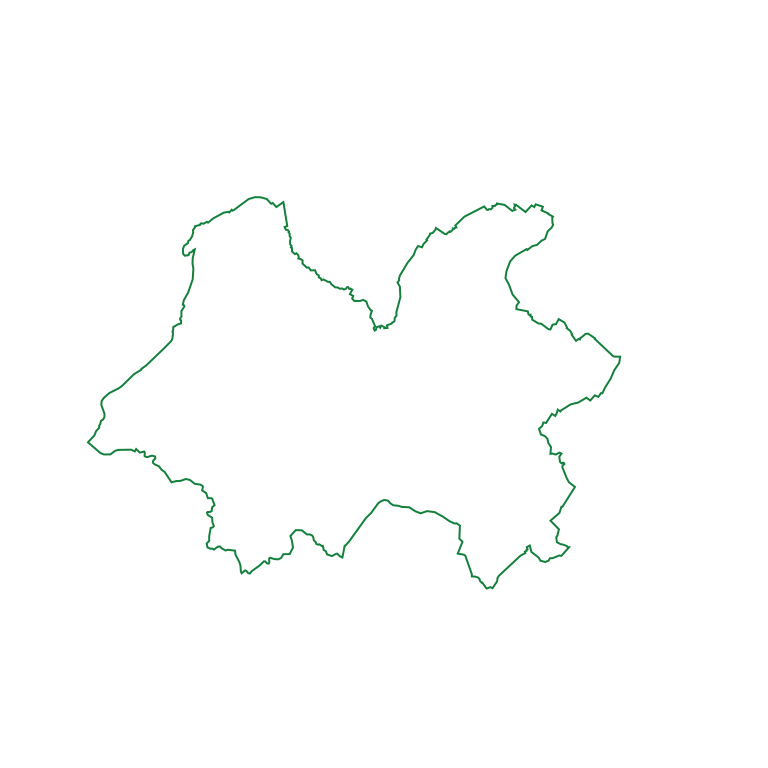 Mueang Phichit, Phichit, Thailand (Mercator projection), rotated 306°
{"feature_id": "78962969B35136792725938", "entity_name": "Mueang Phichit", "entity_type": "district", "adm_level": 2, "iso_a3": "THA", "parent_name": "Thailand", "parent_adm1": "Phichit", "projection": "mercator", "projection_center": [100.377, 16.403], "detail": "fine", "context": "isolated", "style": "outline", "palette": "green", "viewbox_px": 768, "rotation_deg": 306, "n_neighbors": 0, "source": "geoboundaries", "source_scale": "gbopen_adm2", "svg_char_len": 6166}
<svg xmlns="http://www.w3.org/2000/svg" viewBox="0 0 768 768"><g transform="rotate(306 384 384)"><path d="M162.8,178.8L161.5,195.2L162.3,198.7L166.2,204.0L172.0,205.8L174.4,207.6L182.2,218.0L183.0,222.0L185.7,221.7L185.0,226.8L188.4,229.7L188.0,230.7L185.0,232.7L185.0,233.8L185.7,235.4L189.7,238.4L190.8,241.4L189.4,242.7L185.8,242.4L184.5,243.4L184.2,245.6L185.1,250.3L183.9,254.4L183.9,258.2L179.6,269.9L183.6,273.2L185.9,276.2L190.7,279.6L192.3,283.5L192.0,289.6L194.7,294.6L194.9,297.1L194.2,298.1L191.0,299.4L191.2,304.2L188.1,308.7L190.1,311.4L190.2,312.5L186.4,318.1L183.3,317.4L179.8,319.3L178.2,318.4L176.7,316.5L175.9,316.4L174.5,318.4L174.8,323.5L171.1,326.7L169.1,329.8L167.5,329.8L165.6,328.4L158.2,332.0L154.3,334.8L150.8,334.3L148.0,337.3L148.8,340.7L150.1,342.0L150.0,343.7L154.5,345.1L156.2,346.8L155.6,349.0L156.2,353.7L158.0,354.9L161.6,361.4L158.7,364.1L154.9,371.7L152.8,374.5L148.0,378.6L147.2,380.1L151.6,381.2L151.9,382.5L151.1,385.4L152.0,387.0L154.9,387.0L164.2,390.1L170.0,391.1L170.6,392.2L170.2,394.9L170.9,396.3L172.4,396.0L175.3,393.6L176.4,393.9L178.0,398.4L180.0,401.5L182.8,403.0L187.1,402.6L191.0,407.7L198.2,406.5L203.1,401.6L206.0,397.6L213.9,398.5L217.3,403.5L217.0,410.2L218.6,412.2L219.2,414.8L218.8,416.4L216.4,419.0L215.9,421.7L214.8,423.3L215.2,425.0L216.3,425.9L216.4,428.9L217.1,429.6L214.3,432.8L214.5,435.2L212.7,438.1L214.2,443.1L218.4,445.0L219.2,445.8L218.7,449.0L219.2,452.3L230.0,447.3L230.2,447.7L235.9,448.3L265.2,448.2L272.2,449.4L283.7,449.4L286.4,450.0L289.7,451.9L290.8,453.2L292.0,455.9L291.2,459.1L291.3,462.7L293.9,467.1L295.0,470.6L299.0,476.7L299.5,484.3L300.9,489.6L306.5,493.6L310.1,500.3L311.3,509.3L311.5,517.5L312.6,523.0L314.0,524.7L314.0,528.7L303.1,535.9L302.5,540.2L290.1,543.4L292.9,549.0L292.8,550.9L281.6,567.0L279.9,568.2L281.6,570.6L282.7,573.8L282.4,575.9L281.3,577.1L280.6,579.9L281.1,580.2L278.8,587.2L282.2,589.5L282.6,591.8L290.9,591.5L293.8,589.8L296.5,589.7L325.2,595.3L330.3,597.7L331.1,596.5L332.8,597.4L333.4,596.8L334.5,597.4L335.9,595.4L339.0,596.9L334.8,601.9L334.5,611.0L333.0,614.4L334.8,619.1L337.9,621.0L340.6,620.7L342.3,622.9L348.2,626.5L349.2,628.5L360.8,629.7L360.0,628.2L360.4,627.1L359.2,622.9L358.3,621.3L357.6,616.9L361.3,613.4L363.2,613.4L369.3,610.9L371.3,599.0L382.8,601.7L389.0,599.7L389.6,600.5L413.0,599.0L413.2,591.4L415.4,586.9L421.5,577.2L423.0,576.4L425.0,577.0L425.9,576.3L425.8,575.3L424.1,574.2L424.5,572.1L428.3,568.5L432.0,568.5L431.7,566.4L427.9,564.4L426.5,560.7L425.3,559.7L431.1,556.2L432.9,551.5L435.7,548.5L436.4,544.8L435.4,540.7L438.9,535.7L442.8,536.7L446.6,535.6L447.8,538.0L458.5,537.4L458.8,541.3L461.6,541.0L465.4,539.7L465.4,542.8L466.5,542.7L477.1,546.9L483.3,552.1L491.9,555.8L491.9,560.6L498.7,561.2L499.6,565.0L504.2,564.9L504.8,566.1L511.3,564.9L521.7,564.2L530.4,562.2L539.3,561.9L544.9,559.0L541.7,554.6L541.2,552.6L544.4,527.9L545.0,527.8L544.7,519.6L543.1,517.6L537.8,516.4L536.8,515.7L535.2,516.3L534.7,514.9L531.8,514.0L534.1,507.0L534.8,507.0L536.5,503.1L536.6,499.0L537.2,499.0L539.8,493.9L539.2,487.2L533.6,488.0L531.1,485.5L525.9,486.6L525.0,484.7L525.2,475.8L523.7,473.3L523.2,466.1L525.4,464.2L524.8,462.9L526.2,461.8L525.3,460.9L525.5,459.6L527.3,457.7L522.4,447.1L525.4,445.1L529.6,445.2L531.9,435.5L537.9,426.6L541.1,420.0L547.2,416.8L557.2,414.0L564.9,414.7L577.0,420.1L576.7,421.2L582.8,423.0L586.4,426.0L592.5,427.2L596.1,429.0L603.8,426.7L609.0,427.7L612.2,427.3L613.0,425.9L617.3,422.4L618.7,422.3L618.1,417.0L618.6,416.8L617.0,409.4L620.8,408.3L618.5,401.1L615.5,401.6L615.2,398.5L606.3,397.4L606.6,385.5L605.7,385.5L605.7,384.4L604.4,385.5L602.7,385.7L602.2,387.8L599.4,386.0L599.8,376.3L596.4,369.3L595.5,369.9L594.6,369.1L593.2,369.1L591.7,367.1L590.5,368.2L588.2,367.8L587.1,366.1L585.9,365.8L585.5,365.0L586.5,360.7L566.7,350.7L554.2,348.5L553.2,350.5L551.8,349.5L550.9,349.6L550.3,348.2L549.1,348.9L546.4,348.4L546.0,347.4L545.4,347.7L544.6,346.9L541.8,346.4L541.1,345.2L540.8,334.4L539.0,334.9L534.8,334.6L532.8,332.9L531.7,333.4L525.7,333.5L525.6,334.4L520.3,333.7L516.9,334.4L515.6,330.4L511.3,330.7L505.7,332.2L496.0,331.8L481.2,333.1L478.3,334.1L476.8,335.3L474.1,335.2L472.1,339.6L463.9,346.2L449.1,351.9L446.8,353.9L443.7,353.9L441.3,355.4L439.7,355.3L438.8,354.5L437.5,354.7L433.2,351.9L431.4,353.9L429.4,351.5L430.3,351.2L429.6,347.4L427.3,347.8L427.9,346.2L425.6,344.7L423.0,345.6L421.7,345.0L423.1,342.8L425.5,342.7L426.0,342.0L429.6,336.0L429.7,333.9L432.4,332.3L436.2,331.2L435.9,329.6L437.3,325.6L440.3,321.3L439.8,317.7L437.3,316.0L433.7,311.1L434.4,308.0L437.2,307.3L436.6,303.6L441.7,302.9L441.3,300.6L440.5,300.0L441.3,298.4L440.7,297.2L438.5,297.2L436.8,295.9L436.8,294.1L435.1,292.3L434.9,289.8L433.5,287.8L433.8,282.9L434.8,280.2L433.7,278.6L433.0,273.6L431.3,272.5L432.3,270.6L431.9,268.6L433.5,267.5L433.3,264.9L435.5,261.4L432.9,258.0L434.0,254.5L432.8,253.2L433.5,247.3L436.1,245.5L436.1,243.2L435.2,240.9L436.9,240.2L437.9,238.8L438.3,236.3L436.7,235.6L437.1,231.8L440.0,229.5L439.8,228.4L441.4,228.1L441.7,226.2L444.3,224.0L447.3,222.8L448.2,220.7L450.3,219.2L450.5,217.8L451.6,217.4L452.0,215.4L451.1,213.9L452.6,211.3L454.9,212.9L472.0,195.7L463.9,192.9L465.0,187.5L463.6,186.9L463.6,185.8L464.8,180.4L462.4,174.2L459.3,169.8L454.1,165.8L436.6,160.3L435.1,159.5L435.4,158.4L431.8,158.0L431.8,156.9L428.5,153.7L417.8,148.6L411.1,146.8L411.1,145.4L407.6,143.8L406.7,141.8L405.9,141.3L404.8,141.8L400.4,138.3L399.5,139.0L396.2,139.0L394.6,140.5L390.5,142.0L386.5,142.3L384.8,141.6L382.9,142.6L378.4,141.1L375.1,141.9L371.2,145.0L370.7,147.4L373.3,150.1L375.8,149.5L378.0,150.9L380.2,151.0L381.7,151.8L373.3,155.3L368.8,158.4L365.1,162.1L356.3,167.7L342.9,171.8L334.2,172.8L329.9,174.6L330.1,176.0L329.4,176.9L323.8,177.3L319.5,180.5L317.4,180.5L316.2,181.3L316.2,182.5L313.7,184.2L312.0,182.7L306.2,180.0L303.2,182.0L302.1,182.0L301.2,183.4L296.2,186.2L293.9,186.6L284.2,185.2L259.2,180.7L253.6,178.8L253.0,179.3L245.1,176.0L228.6,173.2L224.8,172.0L215.5,167.2L208.1,165.5L204.3,165.6L201.1,167.4L195.5,175.5L192.8,177.3L190.3,177.6L187.7,176.7L185.1,177.9L182.7,178.1L181.3,179.3L176.6,178.8L172.2,179.9L162.8,178.8Z" fill="none" stroke="#15803d" stroke-width="2"/></g></svg>